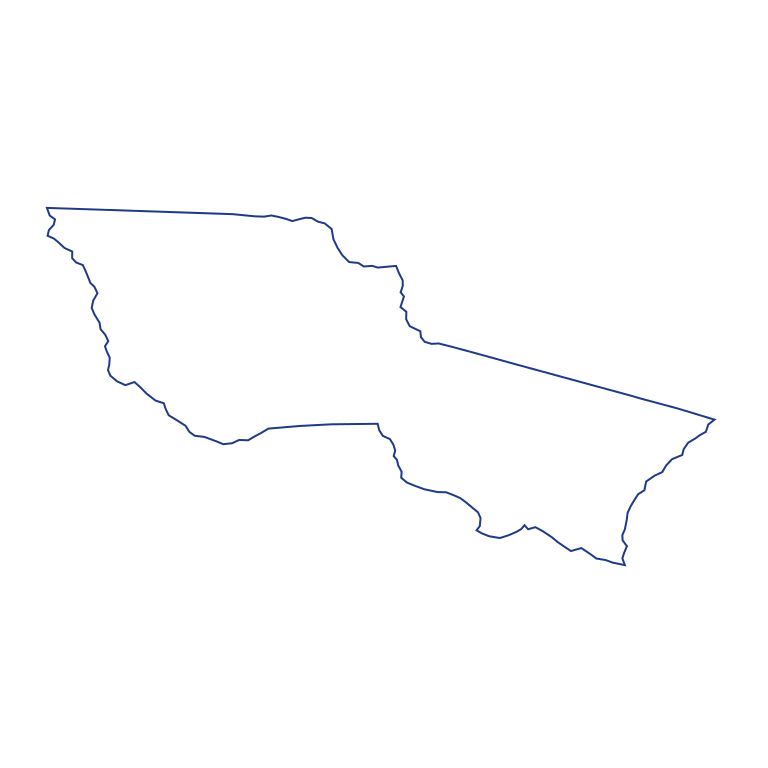 outline of Álvares Machado, São Paulo, Brazil, rotated 87°
{"feature_id": "56859067B93590502051313", "entity_name": "Álvares Machado", "entity_type": "district", "adm_level": 2, "iso_a3": "BRA", "parent_name": "Brazil", "parent_adm1": "São Paulo", "projection": "robinson", "projection_center": [-51.501, -22.119], "detail": "fine", "context": "isolated", "style": "outline", "palette": "blue", "viewbox_px": 768, "rotation_deg": 87, "n_neighbors": 0, "source": "geoboundaries", "source_scale": "gbopen_adm2", "svg_char_len": 2219}
<svg xmlns="http://www.w3.org/2000/svg" viewBox="0 0 768 768"><g transform="rotate(87 384 384)"><path d="M448.6,65.1L441.4,62.3L436.9,55.8L423.9,91.8L411.6,129.5L408.6,138.0L397.9,170.5L371.3,251.2L359.6,286.2L350.7,313.3L346.4,327.2L346.4,334.4L344.0,341.2L339.2,344.6L333.2,345.0L327.6,355.3L320.4,358.5L313.1,357.9L308.0,363.5L297.6,359.5L293.3,362.6L287.0,360.1L281.5,359.9L274.2,363.2L266.7,365.8L267.4,384.1L265.4,389.6L265.6,398.0L261.8,403.3L260.4,412.4L253.2,418.9L245.5,423.3L236.8,426.9L226.5,428.2L220.5,434.8L218.4,441.5L214.5,447.5L213.8,453.6L214.9,459.5L216.5,467.0L214.0,473.2L211.7,480.4L209.8,487.8L210.6,494.9L209.8,504.2L208.0,516.1L206.5,526.0L190.5,711.4L198.3,709.0L202.4,703.9L207.7,705.5L212.8,710.6L218.4,712.2L221.4,706.1L225.7,701.5L231.5,695.9L235.4,688.4L242.1,688.8L246.6,685.0L249.5,678.5L255.5,676.1L262.2,673.8L267.8,671.9L271.6,668.2L278.3,665.4L285.5,670.0L292.8,671.9L299.4,669.5L308.0,664.8L314.4,664.2L320.2,659.8L326.8,657.1L331.7,660.7L336.8,659.2L343.4,656.5L350.5,657.4L355.7,658.9L361.4,656.8L367.3,650.5L371.6,642.4L369.0,633.1L374.5,627.5L381.2,621.6L388.6,613.0L391.7,604.9L397.6,603.3L404.0,600.6L409.3,592.8L415.4,584.3L421.6,580.9L425.8,575.7L427.4,566.3L432.3,554.8L435.7,547.7L435.2,538.7L432.3,531.6L433.1,522.6L429.6,516.0L426.6,509.5L422.5,501.8L421.5,470.1L421.5,456.2L421.5,448.7L421.5,438.6L423.4,392.4L429.9,391.2L435.8,387.8L439.3,381.0L445.1,377.8L451.0,376.3L456.4,378.1L460.5,375.0L466.0,374.1L472.5,371.0L478.5,371.7L483.5,366.4L487.1,358.9L491.2,349.3L493.1,342.2L494.8,335.9L495.3,327.8L499.1,319.4L501.8,314.1L506.3,308.5L512.0,302.4L517.1,296.8L523.0,294.6L531.0,295.8L534.9,299.2L538.0,294.6L541.5,287.1L543.9,276.4L541.6,267.6L538.6,259.5L536.1,254.6L532.4,251.1L536.6,247.7L534.9,240.3L539.4,233.0L545.8,224.4L551.2,218.5L555.5,212.9L560.6,206.1L558.2,195.5L563.7,188.1L569.4,181.0L571.4,171.9L574.3,165.1L577.5,152.9L570.6,155.1L565.1,153.0L558.7,149.9L552.6,153.9L547.4,153.9L541.8,151.1L532.4,148.7L525.4,147.5L519.2,144.2L514.2,140.9L507.4,136.0L503.7,129.5L495.1,127.3L489.7,118.6L486.5,110.7L480.1,106.5L474.1,100.2L470.5,89.9L464.7,88.1L458.5,83.3L454.8,76.2L451.6,71.2L448.6,65.1Z" fill="none" stroke="#1e3a8a" stroke-width="2"/></g></svg>